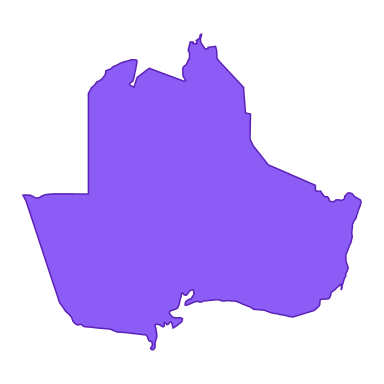 the district of Santa María Xadani, Oaxaca, Mexico
{"feature_id": "50627088B75217483521688", "entity_name": "Santa María Xadani", "entity_type": "district", "adm_level": 2, "iso_a3": "MEX", "parent_name": "Mexico", "parent_adm1": "Oaxaca", "projection": "natural_earth1", "projection_center": [-95.02, 16.369], "detail": "fine", "context": "isolated", "style": "filled", "palette": "violet", "viewbox_px": 384, "rotation_deg": 0, "n_neighbors": 0, "source": "geoboundaries", "source_scale": "gbopen_adm2", "svg_char_len": 5446}
<svg xmlns="http://www.w3.org/2000/svg" viewBox="0 0 384 384"><path d="M62.6,306.7L65.7,311.4L67.2,312.7L68.5,313.8L70.3,315.8L71.5,317.3L73.1,321.5L74.5,322.9L75.9,324.3L78.5,325.0L79.7,324.4L81.1,324.4L84.1,326.6L86.8,326.9L90.3,327.1L94.0,327.6L97.9,328.0L101.2,328.3L104.5,328.6L107.5,328.8L110.4,329.2L110.9,329.4L113.8,330.7L117.2,332.0L120.7,332.2L126.9,332.7L146.2,335.0L147.3,336.7L147.9,338.3L148.4,339.7L149.2,341.0L150.5,341.2L151.8,341.8L152.1,343.2L152.4,344.6L152.0,346.1L151.2,347.2L150.5,348.7L151.8,349.7L153.2,349.7L154.3,348.7L155.0,347.2L155.1,345.5L155.1,343.8L155.2,342.2L155.7,340.5L156.2,339.0L156.6,337.4L156.8,336.9L156.7,333.9L156.2,330.6L155.7,327.8L155.1,326.4L155.4,324.4L157.5,324.2L158.8,324.6L160.2,325.2L162.9,326.9L164.3,326.1L164.2,324.6L164.3,322.6L165.6,323.1L166.6,324.3L167.7,324.7L168.7,323.6L170.1,321.9L171.4,322.2L172.0,323.5L173.1,328.0L174.9,326.9L176.9,325.7L178.8,324.0L181.0,322.4L182.1,321.0L182.5,318.7L180.4,317.6L178.5,317.6L176.5,318.0L174.5,317.6L172.8,317.2L171.5,316.0L169.5,313.5L169.5,312.0L170.4,310.8L171.7,310.5L173.6,309.8L175.8,309.1L177.7,307.9L178.2,306.8L179.0,304.7L179.5,303.0L179.7,301.3L180.5,298.3L181.2,296.6L181.3,294.9L181.3,293.5L182.5,292.9L183.7,294.5L184.8,295.1L186.5,295.1L187.4,294.0L189.2,291.5L191.0,290.1L192.9,289.8L193.8,291.6L193.9,294.4L192.5,296.6L191.1,298.6L188.8,299.5L187.0,300.7L186.0,301.4L185.3,302.9L185.1,305.1L186.9,305.1L188.5,304.5L191.2,303.4L193.8,302.2L197.4,301.3L200.0,302.1L202.2,301.8L203.6,300.8L206.2,300.8L208.5,300.5L213.8,300.0L216.7,299.7L219.6,300.0L222.1,301.0L225.6,300.9L228.7,300.5L230.7,300.9L235.2,301.1L238.9,302.3L242.2,303.9L244.7,304.9L247.7,306.1L250.6,307.1L252.0,308.1L253.6,309.4L254.0,309.3L264.2,310.2L266.9,311.2L267.7,311.5L269.4,312.1L271.3,312.8L274.3,313.4L278.1,313.9L279.8,314.6L282.2,314.8L283.7,315.1L287.0,315.8L288.4,316.4L292.9,317.0L313.8,310.6L315.6,309.3L318.4,306.8L319.4,305.5L319.8,304.5L319.9,302.5L320.0,300.5L320.5,299.5L323.4,299.1L325.6,299.1L328.1,298.9L329.0,298.4L330.1,297.0L330.6,295.3L331.3,292.3L334.1,290.2L335.5,289.3L336.7,287.6L338.7,286.2L340.9,284.2L341.4,285.5L341.5,286.7L341.1,289.2L341.5,289.3L341.7,288.9L342.0,287.4L342.3,285.3L342.9,283.4L343.5,281.4L344.2,278.9L345.7,276.2L345.9,273.4L347.1,271.2L347.8,269.1L348.2,267.5L347.4,265.2L346.5,262.9L346.0,260.9L345.9,258.4L345.9,254.7L347.6,250.7L349.2,246.3L351.0,242.3L351.7,239.2L352.3,236.7L351.8,233.8L351.9,230.7L352.4,227.4L352.4,224.7L353.8,221.2L355.3,219.4L356.4,217.2L356.7,215.1L357.4,213.7L357.8,212.3L358.1,210.6L359.0,209.0L359.3,207.6L360.0,206.3L360.4,204.6L361.0,202.6L360.6,200.1L359.1,199.2L356.5,197.7L354.8,196.7L354.1,196.1L353.6,195.4L352.1,193.7L350.8,193.1L348.9,192.9L348.1,192.9L347.1,193.7L346.0,195.0L344.7,196.2L344.6,197.9L343.9,199.5L342.6,199.9L341.4,200.4L340.0,200.1L338.6,199.8L336.0,199.9L335.3,200.4L334.3,201.5L332.1,201.7L329.5,201.1L329.1,199.4L328.4,197.8L327.4,196.7L326.4,196.7L324.6,196.6L323.6,195.4L322.3,193.8L321.3,192.2L320.8,191.2L319.4,191.3L317.9,191.0L316.6,191.2L315.4,190.3L315.5,188.7L315.5,187.4L315.4,185.4L313.8,184.6L307.8,182.0L291.9,175.1L274.2,167.4L268.3,164.9L265.0,160.7L254.0,146.8L253.7,146.6L253.1,145.5L252.5,144.2L251.8,142.7L250.7,140.6L250.0,139.0L250.5,114.1L245.5,112.9L244.4,98.5L244.1,96.2L243.9,93.3L243.8,91.5L243.5,88.1L243.7,87.4L243.1,86.9L235.6,78.8L231.0,73.9L226.6,69.2L219.5,61.6L216.9,58.1L216.8,54.0L216.7,51.5L216.7,50.9L216.4,49.7L216.0,47.9L215.5,46.4L215.4,46.4L211.6,46.9L211.4,47.0L211.0,47.0L210.2,47.1L208.7,47.3L208.0,47.4L208.0,48.0L208.0,48.5L205.4,49.1L203.4,46.5L201.9,44.4L201.0,42.6L200.7,41.4L200.5,40.0L200.5,38.6L201.3,35.6L201.6,34.3L201.1,34.3L200.8,34.4L200.3,34.7L200.0,35.8L199.8,36.8L199.7,37.7L199.6,38.9L198.0,39.0L198.0,39.3L197.9,39.5L197.7,39.7L197.7,39.8L196.5,40.3L196.3,40.4L196.4,40.5L196.5,40.9L196.7,41.4L196.8,41.9L196.9,42.4L196.9,42.8L196.9,43.3L196.4,43.3L196.3,43.7L194.2,43.6L192.9,43.5L193.2,42.1L191.8,42.0L191.2,41.9L190.4,41.9L190.4,42.0L190.2,42.6L189.7,43.8L189.3,45.6L188.8,47.7L188.4,49.2L188.3,50.4L188.3,50.6L188.3,50.8L188.5,51.1L188.6,51.3L188.8,51.7L189.0,52.1L189.1,52.3L189.3,52.8L189.5,53.5L189.5,54.3L189.5,55.3L189.6,56.0L189.5,56.9L189.5,57.7L189.4,58.2L188.6,59.5L187.7,61.4L187.1,62.9L186.6,63.9L186.2,64.6L185.9,65.0L185.5,65.3L184.9,65.7L184.3,66.0L183.8,66.6L183.1,67.4L182.8,68.3L182.8,68.5L182.8,70.1L182.9,72.1L182.9,75.2L183.5,76.8L184.6,78.7L185.8,80.4L184.1,81.3L175.4,78.0L159.1,72.0L149.4,68.3L147.9,69.3L145.8,70.8L143.9,72.3L142.4,73.5L141.3,74.3L140.2,75.1L139.0,76.0L137.4,77.2L136.7,78.6L136.1,80.7L135.5,82.4L134.8,84.8L134.4,86.0L134.1,87.1L130.5,85.4L129.5,84.4L130.0,83.0L131.8,82.0L132.9,80.9L133.5,79.1L134.3,76.0L134.5,74.6L135.1,71.5L135.6,69.9L135.9,67.7L137.0,61.8L136.7,60.2L135.4,59.9L133.9,59.9L131.7,59.7L129.6,60.3L127.4,61.1L126.3,61.2L125.2,61.5L122.7,62.3L121.3,62.8L119.6,63.6L117.9,64.6L115.4,65.8L114.1,66.3L112.6,67.0L111.8,68.0L110.9,69.0L109.1,69.5L107.7,69.9L105.8,70.8L105.5,74.1L104.2,76.1L102.8,78.1L101.4,79.4L99.4,80.8L96.7,81.9L95.5,83.9L93.9,85.8L91.7,87.4L90.8,89.1L89.3,91.7L88.4,93.4L88.4,194.0L79.2,194.0L74.1,194.0L72.6,193.9L64.1,193.9L53.9,193.9L51.6,194.0L46.1,194.5L43.5,195.3L41.2,196.3L39.5,197.6L37.6,198.0L35.0,197.8L33.0,196.4L31.0,195.5L29.9,195.1L27.7,195.2L26.5,194.9L24.7,195.1L23.0,195.2L26.1,201.2L52.6,281.6L55.9,291.4L59.5,302.5L62.6,306.7Z" fill="#8b5cf6" stroke="#5b21b6" stroke-width="1.5"/></svg>